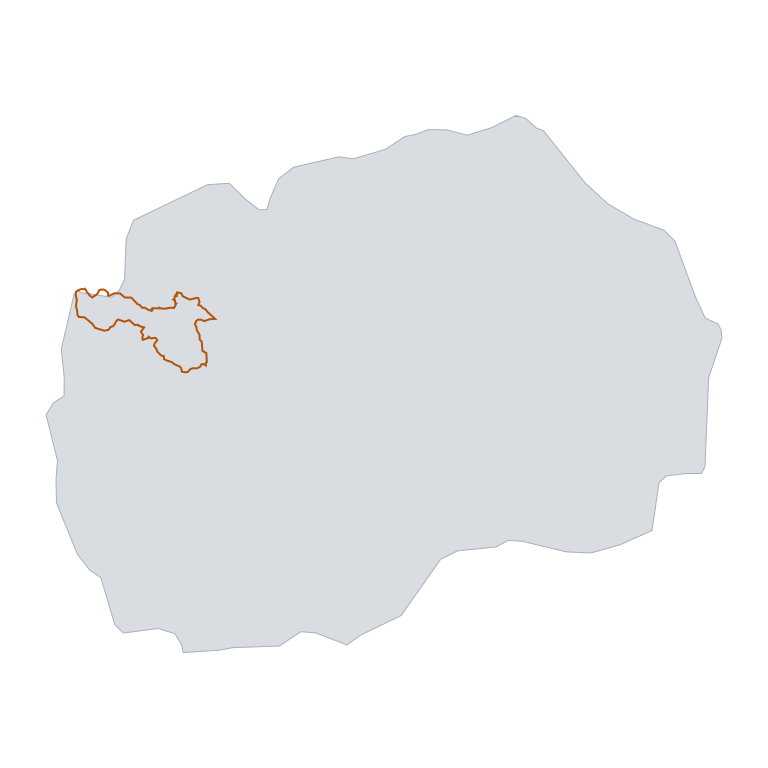 Gostivar, Gostivar, North Macedonia (highlighted)
{"feature_id": "65306769B11113266730381", "entity_name": "Gostivar", "entity_type": "district", "adm_level": 2, "iso_a3": "MKD", "parent_name": "North Macedonia", "parent_adm1": "Gostivar", "projection": "orthographic", "projection_center": [20.801, 41.759], "detail": "fine", "context": "in_parent", "style": "outline", "palette": "amber", "viewbox_px": 768, "rotation_deg": 0, "n_neighbors": 0, "source": "geoboundaries", "source_scale": "gbopen_adm2", "svg_char_len": 3139}
<svg xmlns="http://www.w3.org/2000/svg" viewBox="0 0 768 768"><path d="M339.0,156.9L353.7,158.7L385.3,149.3L404.9,136.5L414.9,134.6L428.2,129.6L447.4,130.0L467.0,135.2L491.7,127.6L515.8,115.5L525.6,118.3L536.3,128.0L543.4,130.6L584.8,182.6L607.4,203.5L633.9,219.1L664.0,230.2L675.0,241.3L695.4,296.9L705.1,318.0L717.9,324.0L721.2,330.1L721.9,338.2L708.6,377.9L705.0,466.4L701.5,473.5L686.5,473.5L666.5,475.8L659.0,482.8L652.0,530.5L620.0,544.8L590.8,553.0L566.0,551.8L522.4,541.3L508.2,540.3L496.1,546.9L457.4,550.9L440.5,559.4L401.1,615.5L360.7,635.1L346.9,644.9L315.7,632.9L300.8,631.7L279.4,646.0L232.3,647.7L219.5,650.2L183.2,652.5L181.7,644.9L174.9,633.7L158.0,628.5L123.4,633.0L114.9,624.8L100.8,577.6L89.7,570.0L77.3,554.1L56.5,502.8L56.0,480.3L57.5,460.7L46.1,414.7L53.3,403.1L64.1,395.8L64.2,377.3L61.3,349.2L74.1,294.1L77.6,290.1L80.8,292.7L111.5,297.2L119.4,290.2L124.5,279.3L126.2,238.9L133.5,220.3L207.4,184.7L229.1,183.3L245.8,199.5L259.1,209.9L267.0,209.5L269.8,199.0L278.7,178.7L293.8,167.1L338.6,156.9L339.0,156.9Z" fill="#d9dde1" stroke="#a8b0b8" stroke-width="1"/><path d="M185.9,372.3L188.1,371.8L189.9,369.4L192.9,368.2L196.5,368.4L198.6,367.6L200.5,366.4L201.1,364.6L203.4,363.9L205.9,365.5L205.9,362.8L206.7,362.3L206.8,361.2L206.3,353.1L202.4,350.8L201.8,341.8L199.7,339.5L199.5,334.7L196.9,330.3L196.3,326.9L194.9,324.2L196.3,320.9L198.1,319.6L200.8,319.7L204.6,321.1L209.7,319.2L215.2,318.9L207.3,311.8L205.8,309.6L202.4,307.7L201.0,305.9L198.3,304.9L199.5,302.1L198.4,298.2L196.7,297.8L190.3,299.5L188.3,299.0L182.7,296.2L181.4,293.3L178.0,292.6L177.1,292.4L177.1,294.3L175.8,294.5L176.7,296.0L174.7,296.4L174.4,299.2L173.4,299.6L175.0,300.6L175.3,303.5L176.3,303.6L174.0,307.9L170.5,307.7L164.9,308.7L161.2,308.5L159.3,307.7L159.3,308.4L152.6,308.2L151.8,308.7L152.3,309.5L151.6,310.0L152.2,310.3L151.7,310.9L148.0,309.7L145.0,307.7L142.1,307.8L139.9,305.1L137.6,304.2L131.3,297.6L124.8,297.5L120.2,293.5L114.4,293.3L112.7,294.0L111.5,294.7L110.6,295.1L108.9,295.8L108.5,295.8L108.3,295.7L107.9,295.1L107.9,294.4L108.2,293.6L108.1,292.8L107.2,291.9L105.1,290.2L103.2,289.5L100.3,289.7L99.8,290.0L98.8,290.6L98.3,292.3L97.6,293.5L96.0,295.0L94.1,296.1L92.3,297.5L90.4,296.0L89.4,295.4L89.1,294.1L88.3,293.6L86.8,292.0L86.0,290.1L85.7,289.7L85.3,289.1L85.0,288.8L84.7,289.2L84.3,289.3L83.6,289.3L83.3,289.2L82.3,289.0L81.9,289.0L79.9,289.5L78.7,290.1L76.2,291.6L75.9,292.2L75.7,293.6L76.1,297.2L76.4,298.3L76.6,299.2L76.7,299.6L76.8,300.5L76.8,301.4L76.5,302.1L76.2,303.4L76.2,303.8L76.2,304.2L76.1,305.1L76.1,306.4L76.4,308.2L76.7,308.6L77.0,309.8L77.1,310.9L77.6,315.5L78.7,316.4L78.8,316.9L84.6,317.4L92.5,324.0L95.0,327.8L104.3,330.7L108.5,329.8L110.5,327.0L113.4,326.1L116.9,320.3L118.2,319.5L124.4,321.7L129.2,320.1L134.8,325.1L138.0,324.7L139.2,326.0L144.1,327.4L140.9,331.6L143.1,335.2L142.3,337.7L142.7,339.8L148.0,338.1L148.5,336.7L151.0,338.4L155.0,337.8L156.2,338.5L157.3,340.2L154.6,343.5L153.9,345.6L156.0,348.2L157.3,351.7L161.0,355.4L163.9,356.2L163.9,358.9L166.2,360.3L171.8,362.1L174.1,364.1L179.7,366.5L181.1,368.0L181.9,371.7L185.9,372.3Z" fill="none" stroke="#b45309" stroke-width="2"/></svg>